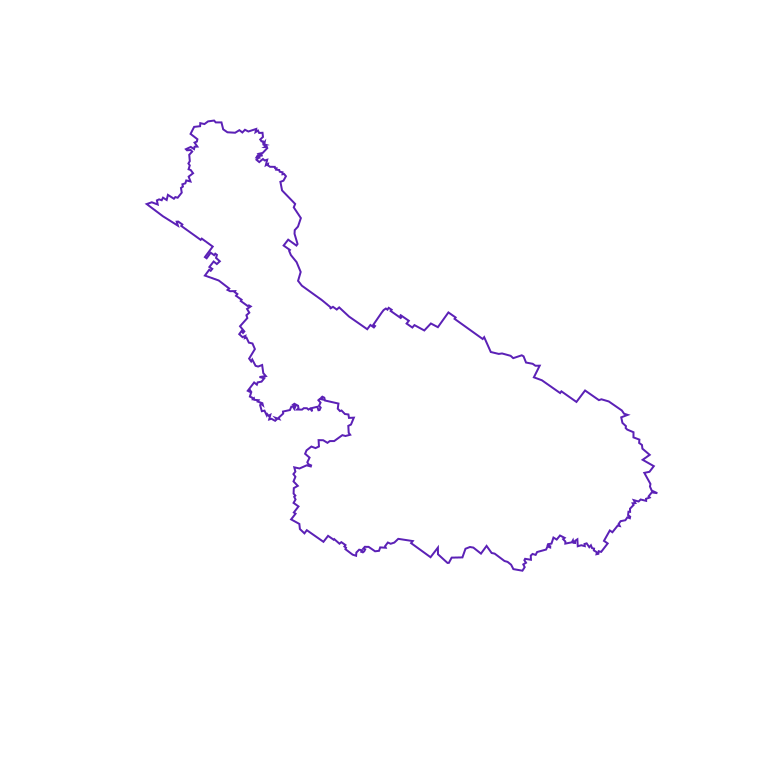 outline of Bathurst, New South Wales, Australia, rotated 117°
{"feature_id": "25037944B26387144583263", "entity_name": "Bathurst", "entity_type": "district", "adm_level": 2, "iso_a3": "AUS", "parent_name": "Australia", "parent_adm1": "New South Wales", "projection": "equal_earth", "projection_center": [149.529, -33.473], "detail": "fine", "context": "isolated", "style": "outline", "palette": "violet", "viewbox_px": 768, "rotation_deg": 117, "n_neighbors": 0, "source": "geoboundaries", "source_scale": "gbopen_adm2", "svg_char_len": 6159}
<svg xmlns="http://www.w3.org/2000/svg" viewBox="0 0 768 768"><g transform="rotate(117 384 384)"><path d="M331.4,677.1L334.9,657.2L336.5,639.5L333.5,642.4L332.7,641.1L333.4,636.1L335.2,636.4L338.8,612.8L337.2,612.4L339.3,599.0L352.2,601.2L352.5,599.1L345.7,598.0L346.3,593.8L344.5,593.5L344.8,591.5L347.9,590.9L349.2,586.0L353.0,587.4L352.2,591.4L359.0,592.7L359.4,589.3L361.8,589.8L361.6,591.6L368.7,592.8L366.8,578.3L369.2,565.3L371.2,566.1L371.2,563.3L368.8,558.8L369.9,558.8L370.4,555.5L372.6,555.9L373.6,549.1L375.1,549.3L376.4,541.0L375.3,540.1L375.4,538.0L379.3,540.1L381.6,536.4L385.2,537.8L387.3,535.7L397.9,538.5L400.6,532.3L402.5,532.8L401.6,535.0L405.3,535.6L406.5,531.3L404.1,529.4L406.3,528.8L405.1,527.6L408.5,523.2L407.6,519.6L411.5,514.9L422.6,515.7L424.2,512.6L422.0,512.5L426.1,506.7L425.6,504.1L422.4,501.2L429.1,496.5L430.6,492.9L434.3,498.1L433.3,493.3L437.5,494.2L439.9,497.3L442.3,497.0L441.6,500.4L451.9,502.3L451.9,500.4L450.5,500.2L451.4,498.6L456.1,497.8L456.0,495.1L457.1,494.3L455.7,493.5L457.0,492.5L455.4,488.4L457.0,488.6L456.3,483.7L457.9,482.3L457.3,485.0L459.2,484.7L463.7,480.5L462.0,478.4L465.2,474.2L463.9,474.3L464.7,472.4L463.1,471.3L467.7,470.2L466.1,468.5L466.2,464.3L464.1,463.5L463.4,465.3L462.8,461.4L462.0,462.6L456.1,460.4L454.4,461.5L449.9,456.0L446.2,456.3L445.5,454.9L446.9,452.6L444.0,452.8L443.7,455.6L442.3,454.9L442.4,450.7L444.4,449.2L446.2,449.8L444.0,445.4L442.0,444.5L440.6,441.7L441.1,439.7L439.3,438.6L441.0,435.6L438.4,437.6L434.6,433.1L437.1,430.5L436.5,429.6L433.8,429.7L432.9,432.0L429.4,432.1L428.2,435.1L426.4,434.4L425.7,431.7L424.5,433.7L423.3,433.2L423.3,431.0L425.5,429.1L422.1,415.7L427.0,414.0L428.1,411.0L426.9,409.8L428.5,405.2L427.3,401.9L430.1,399.8L427.7,395.6L435.1,395.0L437.5,396.8L443.5,393.3L444.6,391.1L447.8,394.7L448.5,397.9L457.5,402.5L459.5,406.4L462.1,407.7L461.7,412.6L463.7,416.8L469.2,413.6L472.2,415.9L472.7,420.3L478.3,422.9L482.0,422.6L483.4,416.9L488.5,416.8L489.8,414.9L489.6,412.0L490.7,411.8L491.6,416.0L497.6,420.9L499.0,426.1L502.3,423.2L505.4,423.8L506.9,420.8L511.9,420.4L513.9,414.6L517.7,417.1L522.7,414.8L523.7,412.3L525.3,412.8L527.0,410.4L531.0,410.6L531.9,404.6L539.4,406.0L539.7,403.9L546.8,405.3L547.1,395.9L551.4,393.1L553.2,387.1L549.3,386.4L552.1,366.3L544.7,364.9L545.6,358.1L544.8,357.9L546.5,351.2L544.3,350.2L544.7,347.2L545.0,345.2L546.8,345.5L547.1,343.5L548.7,343.4L550.3,334.5L549.7,330.9L546.7,332.1L542.9,330.9L542.1,328.1L543.8,328.1L543.6,326.4L542.1,325.7L539.8,325.7L539.9,327.7L537.8,327.2L536.1,323.8L537.1,316.0L534.9,312.7L531.3,313.2L529.1,308.1L528.0,309.4L523.5,308.6L523.3,305.5L520.6,302.8L515.5,301.0L510.9,287.1L513.5,287.6L517.2,263.9L505.3,261.7L511.2,258.6L514.6,246.2L513.9,245.0L508.0,244.9L502.9,235.4L493.8,236.6L490.2,233.4L489.2,230.1L491.1,220.6L481.7,219.1L485.7,211.4L484.9,208.4L487.0,196.3L486.4,193.1L487.3,188.7L490.2,184.7L487.5,175.9L483.3,175.5L481.5,178.0L478.8,176.3L477.3,178.9L475.7,178.9L473.9,173.3L470.3,175.3L468.0,174.5L467.4,171.3L464.2,171.3L457.9,164.4L454.5,164.6L454.2,161.7L453.1,162.2L453.3,165.0L452.2,165.1L450.2,162.3L443.9,163.3L444.2,159.5L439.1,158.4L439.1,153.2L440.9,154.0L442.0,150.9L443.9,150.0L439.8,144.8L437.5,144.7L439.5,143.1L438.9,141.6L436.9,142.5L434.6,141.2L440.6,137.7L438.1,135.0L437.3,131.5L435.5,132.7L434.0,131.1L436.2,127.0L433.8,126.4L435.8,124.1L435.3,122.1L437.0,121.5L437.3,117.9L439.2,117.4L438.0,115.9L435.5,116.7L435.0,114.3L424.5,112.3L423.9,116.8L412.0,116.3L412.4,113.2L404.0,111.5L403.5,109.5L402.0,111.4L398.8,110.9L395.8,107.1L392.3,106.6L392.0,104.0L390.5,104.4L390.0,107.0L386.8,108.2L386.2,106.7L383.4,108.2L378.5,106.7L377.4,108.3L376.0,106.0L374.1,108.7L373.1,103.8L370.4,102.9L369.1,97.4L367.3,98.4L364.5,95.7L363.9,97.2L359.0,96.2L357.2,90.9L357.4,97.1L354.6,100.5L352.1,101.2L345.0,111.7L341.7,107.6L334.7,106.3L334.1,119.1L326.5,115.1L324.3,124.4L321.2,126.5L320.7,129.9L317.6,131.2L318.3,137.5L313.7,139.8L314.2,146.6L313.5,148.7L311.7,149.3L310.4,153.9L306.0,157.5L300.9,152.9L301.5,156.6L299.6,160.1L297.5,175.8L298.9,183.3L300.8,185.2L298.5,201.9L312.6,204.4L310.0,222.6L312.1,223.0L309.0,245.0L310.0,253.5L297.0,253.6L299.0,257.4L298.5,260.7L300.4,267.2L296.0,272.2L295.9,274.3L302.3,280.6L301.4,284.0L303.2,292.7L305.1,295.4L307.0,303.4L296.8,316.0L299.1,316.5L293.9,350.7L292.2,350.4L291.0,359.1L308.9,361.8L308.8,369.7L318.0,372.4L317.7,383.6L320.8,384.4L319.9,391.3L316.4,390.6L315.0,401.3L315.8,398.8L317.6,399.1L315.9,411.2L314.4,410.9L314.0,414.4L316.2,414.7L315.9,416.6L318.3,417.9L321.6,418.5L336.1,420.4L336.4,418.3L338.2,418.7L337.6,422.9L342.8,423.8L339.8,445.7L336.1,458.7L339.1,459.9L338.4,464.5L341.5,466.3L340.0,466.0L337.5,477.2L333.7,501.8L331.1,507.4L322.0,509.1L315.1,517.2L311.4,525.5L308.4,529.0L307.3,528.7L306.2,536.3L298.9,534.9L300.4,524.9L298.5,524.6L290.8,531.9L287.4,533.4L282.8,532.1L273.9,533.4L267.6,544.6L263.9,544.9L257.8,562.7L250.9,568.1L248.5,565.9L243.4,565.7L242.2,568.4L243.2,569.7L241.4,570.5L242.2,573.3L240.9,574.5L242.0,577.4L240.6,577.7L241.2,579.0L240.1,579.9L242.2,584.1L241.9,586.7L240.6,587.2L242.7,588.6L237.2,589.9L239.0,591.8L238.5,594.0L242.9,595.9L242.1,599.4L239.2,598.4L240.1,600.5L237.8,600.3L238.4,598.2L237.1,599.0L235.7,595.9L235.5,599.8L233.2,597.0L226.8,595.1L226.1,596.0L227.0,597.8L225.7,597.0L225.5,598.9L224.5,597.7L224.8,599.5L222.5,600.2L224.5,600.7L222.8,602.1L223.4,603.3L222.3,605.3L218.8,604.0L215.3,606.3L217.0,609.2L215.4,611.4L217.9,612.8L214.8,613.7L220.6,619.5L220.6,623.3L224.2,624.4L223.5,628.1L227.7,630.7L230.8,637.8L230.1,642.9L224.7,647.6L227.3,652.7L226.4,655.0L229.9,660.0L233.9,662.0L235.0,666.1L237.8,664.9L241.1,669.9L249.0,669.9L250.6,661.4L252.9,660.8L254.9,662.4L257.2,658.1L258.6,660.5L260.9,659.9L260.5,663.8L264.7,667.1L265.2,665.6L263.3,662.5L264.0,660.4L268.2,661.6L273.6,658.2L276.3,658.4L277.4,656.3L281.4,655.6L281.1,653.4L282.9,649.8L287.9,652.2L291.4,648.4L292.4,652.6L295.4,652.1L297.6,654.3L299.4,652.8L301.5,653.9L305.3,651.1L311.7,652.4L312.2,654.8L314.3,655.3L313.6,662.4L318.7,661.2L318.3,665.5L321.2,665.5L321.6,668.2L323.5,669.7L326.8,667.1L327.5,673.4L331.4,677.1Z" fill="none" stroke="#5b21b6" stroke-width="2"/></g></svg>